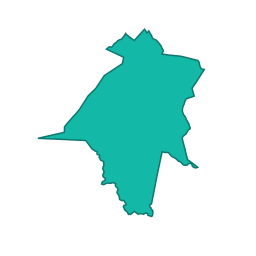 Urbano Santos, Maranhão, Brazil (orthographic projection), rotated 344°
{"feature_id": "56859067B97391403758690", "entity_name": "Urbano Santos", "entity_type": "district", "adm_level": 2, "iso_a3": "BRA", "parent_name": "Brazil", "parent_adm1": "Maranhão", "projection": "orthographic", "projection_center": [-43.287, -3.284], "detail": "fine", "context": "isolated", "style": "filled", "palette": "teal", "viewbox_px": 256, "rotation_deg": 344, "n_neighbors": 0, "source": "geoboundaries", "source_scale": "gbopen_adm2", "svg_char_len": 3488}
<svg xmlns="http://www.w3.org/2000/svg" viewBox="0 0 256 256"><g transform="rotate(344 128 128)"><path d="M184.2,185.0L183.5,183.9L182.1,182.0L176.5,174.8L176.8,166.5L177.0,163.4L177.0,161.8L177.2,153.3L177.9,151.6L179.5,150.8L181.3,150.0L182.2,149.7L183.0,148.8L184.2,147.7L185.3,146.6L186.0,146.1L187.3,146.1L187.9,145.0L187.7,143.7L187.5,142.8L187.6,141.5L187.5,139.9L187.0,138.5L186.7,137.1L186.5,136.0L186.3,134.3L186.1,132.8L185.5,131.3L185.0,130.1L185.0,129.1L184.9,128.0L185.0,126.5L185.5,125.1L186.1,123.7L186.6,122.9L187.5,121.6L188.7,120.4L189.5,118.8L190.1,118.0L190.8,117.3L192.0,116.0L200.4,115.6L200.5,107.4L205.5,103.4L206.5,102.5L217.5,92.7L216.3,92.2L215.3,91.9L214.7,91.0L214.3,89.7L214.3,88.1L214.2,86.9L214.4,85.7L214.5,84.6L214.1,83.7L214.0,82.5L201.1,75.0L198.1,73.4L186.6,68.8L181.0,66.2L181.9,64.9L183.2,63.9L183.3,62.8L182.9,61.5L182.5,59.9L182.5,58.5L182.1,57.4L181.5,55.9L180.9,54.4L180.2,52.8L179.4,51.4L177.1,49.4L176.3,48.3L176.1,45.5L175.6,44.2L174.8,40.4L172.4,41.8L172.0,40.4L171.7,39.3L171.1,37.6L158.0,45.7L157.3,44.5L156.5,43.5L155.6,42.5L155.1,41.5L154.5,40.8L153.9,40.0L153.3,39.1L152.7,38.3L152.1,37.5L151.8,36.5L151.1,37.2L149.8,38.3L148.8,39.1L147.7,39.8L146.8,40.5L145.9,40.9L144.8,40.8L143.5,41.0L141.8,41.5L140.9,42.2L139.8,42.7L138.4,42.9L137.4,43.6L135.7,45.2L134.1,45.8L133.4,45.2L132.1,44.8L131.1,45.3L130.0,45.8L129.0,46.3L137.2,53.4L141.6,57.3L143.3,58.8L141.0,63.3L140.4,64.6L133.6,66.7L120.6,70.8L119.7,71.1L117.5,72.9L108.8,80.3L108.2,80.9L105.9,82.2L105.0,82.6L100.9,84.8L98.6,86.1L94.4,89.8L87.4,95.9L86.1,97.1L79.9,101.1L77.7,102.4L70.0,107.4L67.2,109.5L66.6,111.9L66.0,113.2L65.5,114.6L59.8,114.3L56.8,114.1L44.6,113.4L38.5,113.1L56.3,119.0L84.0,128.4L87.6,138.2L88.5,139.4L89.5,140.2L90.0,141.1L90.9,141.7L91.7,142.5L91.4,143.5L91.0,144.6L91.6,145.3L92.5,145.7L93.2,146.3L92.9,147.2L92.1,148.2L92.7,149.5L92.7,151.0L93.5,152.0L94.5,152.7L95.2,153.6L94.8,155.4L94.6,156.8L94.3,157.8L93.5,158.3L92.8,159.6L92.4,160.8L93.0,161.9L92.7,163.1L92.8,164.1L92.0,164.7L91.0,165.9L90.6,167.7L91.2,168.9L92.2,170.0L92.1,171.2L91.1,172.0L90.2,172.4L88.8,172.4L87.9,173.4L87.2,174.6L88.3,175.5L90.0,175.7L91.3,175.2L93.0,175.3L94.0,175.6L95.1,176.0L96.3,176.5L97.5,176.2L98.4,176.5L99.3,177.0L100.2,177.3L100.8,178.2L100.3,179.0L100.0,180.1L100.3,181.3L101.2,182.4L101.6,184.6L100.4,185.6L99.7,186.7L99.7,187.9L100.2,189.1L100.7,190.5L100.6,191.8L100.4,193.1L100.2,194.4L101.3,195.4L102.5,196.3L103.7,196.3L104.4,197.5L104.6,198.7L105.2,199.9L104.9,201.2L104.0,201.5L102.9,201.2L101.9,202.1L101.9,203.1L102.3,204.3L102.1,205.6L103.0,207.0L103.7,207.8L104.2,208.9L104.5,210.1L104.6,211.2L105.9,211.2L106.6,211.8L107.8,211.4L109.1,210.7L110.1,210.3L111.4,210.0L112.3,211.4L113.3,212.8L113.9,213.6L115.2,213.7L116.5,213.8L118.0,214.4L119.1,215.2L120.1,215.0L120.9,214.6L122.5,215.0L123.2,216.2L123.1,217.3L124.4,218.3L126.1,219.5L127.3,219.1L127.8,218.0L128.5,216.7L128.8,215.3L129.0,214.0L128.3,213.0L127.9,212.0L128.0,210.9L127.3,209.8L127.4,208.8L128.1,207.8L129.6,207.5L135.6,195.9L143.3,180.8L154.3,160.2L155.6,161.1L156.6,161.6L158.0,162.1L159.7,162.6L160.6,163.8L161.0,165.2L161.6,166.3L162.4,167.5L163.2,168.4L164.2,169.2L165.2,170.3L165.9,171.2L166.6,172.5L167.1,173.5L167.8,174.2L168.9,174.8L169.7,176.0L170.2,177.1L170.7,178.2L171.4,179.0L172.9,179.7L174.8,179.9L176.4,179.0L177.9,179.0L179.0,179.8L179.3,181.5L179.4,182.6L179.9,183.4L180.8,184.3L182.2,185.1L184.2,185.0Z" fill="#14b8a6" stroke="#0f766e" stroke-width="1.5"/></g></svg>